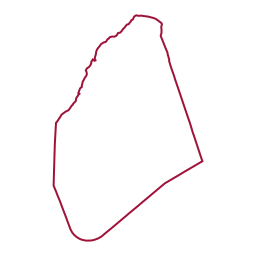 the district of Rarieda, Nyanza, Kenya
{"feature_id": "3690345B79902810586974", "entity_name": "Rarieda", "entity_type": "district", "adm_level": 2, "iso_a3": "KEN", "parent_name": "Kenya", "parent_adm1": "Nyanza", "projection": "albers", "projection_center": [34.335, -0.244], "detail": "fine", "context": "isolated", "style": "outline", "palette": "rose", "viewbox_px": 256, "rotation_deg": 0, "n_neighbors": 0, "source": "geoboundaries", "source_scale": "gbopen_adm2", "svg_char_len": 2910}
<svg xmlns="http://www.w3.org/2000/svg" viewBox="0 0 256 256"><path d="M53.6,185.5L54.0,186.6L54.3,187.3L54.8,188.6L55.4,189.9L55.8,191.0L56.3,192.1L56.7,193.3L57.3,194.8L57.9,196.4L58.3,197.2L58.5,197.7L60.0,201.3L63.3,210.2L65.0,214.6L66.4,218.3L67.6,221.6L70.5,229.3L71.4,231.1L72.3,232.6L73.5,234.1L73.9,234.6L74.4,235.0L75.3,235.9L76.9,237.2L78.5,238.2L80.2,239.1L81.8,239.7L83.1,240.0L84.5,240.3L85.1,240.4L86.1,240.6L88.5,240.6L90.5,240.5L92.5,240.3L93.1,240.1L93.7,240.0L95.0,239.6L95.8,239.3L96.5,239.0L98.4,238.3L100.1,237.3L101.2,236.7L102.2,235.9L107.3,231.6L110.4,229.1L120.5,220.6L125.5,216.4L129.2,213.2L136.7,207.0L143.3,201.4L147.4,198.0L149.5,196.2L164.9,183.3L180.2,174.3L184.5,171.7L202.4,161.2L200.7,156.3L194.2,136.5L192.5,131.7L190.9,126.1L189.4,121.5L187.5,116.1L185.2,109.2L184.0,105.7L177.3,85.8L174.9,78.8L174.2,76.3L173.0,72.9L171.7,69.4L171.0,67.1L170.8,66.5L170.6,66.0L169.2,61.3L169.1,60.7L169.2,59.9L169.1,59.1L168.8,58.3L168.6,57.6L168.4,56.8L168.3,56.0L167.9,55.4L167.8,54.8L167.7,54.1L167.5,53.2L167.4,52.4L167.2,51.7L166.8,51.0L166.5,50.4L166.2,49.7L160.7,35.9L160.8,35.4L160.9,34.8L161.1,34.3L161.3,33.8L161.4,33.3L161.5,32.7L161.5,31.9L161.5,31.1L161.5,30.5L161.6,29.9L161.5,29.4L161.4,28.9L161.4,28.3L161.3,27.8L161.3,27.1L161.3,26.4L161.8,25.1L161.9,24.7L161.7,23.9L161.6,23.2L159.7,21.8L157.9,20.4L155.8,18.9L153.1,17.9L150.8,17.3L148.2,16.6L145.7,16.3L143.5,16.0L141.7,15.7L140.7,15.7L138.8,15.8L137.8,15.7L136.6,15.4L136.1,15.4L135.6,15.6L134.3,16.5L133.5,17.9L133.3,18.4L133.2,19.0L132.4,19.8L131.9,19.9L131.4,20.1L130.9,21.3L130.0,22.4L129.4,23.1L128.6,24.2L126.9,24.6L125.6,26.1L124.7,27.4L123.9,28.2L123.1,29.0L122.2,30.2L121.7,31.0L120.8,32.0L120.2,32.6L118.1,33.0L117.4,34.1L117.2,34.6L116.9,35.0L115.8,36.1L114.1,36.7L113.6,36.7L112.3,36.5L111.8,36.6L111.2,36.8L109.6,37.3L108.8,38.5L107.5,39.3L106.8,40.4L106.4,41.2L105.5,42.0L105.0,42.1L104.5,42.2L103.1,42.7L102.5,43.2L101.1,44.1L100.5,44.9L99.8,45.9L99.1,46.8L98.3,47.7L97.5,48.8L96.9,49.8L96.4,51.2L96.1,52.2L95.9,54.0L95.8,54.5L95.6,55.2L95.1,56.7L94.8,58.1L94.8,58.7L95.5,60.3L94.4,60.8L92.8,59.5L91.9,60.9L91.3,61.7L91.3,62.9L91.1,63.6L90.9,64.2L90.2,65.6L89.3,66.6L88.9,67.1L87.1,68.2L86.2,69.6L85.8,70.5L86.4,71.5L86.7,72.9L86.8,73.4L86.8,74.1L86.5,75.3L85.9,76.4L84.9,77.6L84.7,78.1L84.1,79.1L83.8,79.8L83.5,80.4L82.9,81.3L82.6,82.1L82.3,83.8L81.8,85.6L81.8,87.0L80.7,87.8L80.2,88.3L79.9,88.9L79.4,90.1L79.3,90.5L79.1,91.1L78.6,92.4L78.3,93.0L79.4,93.9L78.3,94.8L77.6,96.2L77.0,96.9L76.4,97.8L76.0,99.1L75.9,100.8L74.9,102.0L74.4,102.5L74.0,102.8L73.1,103.9L72.7,104.9L71.8,105.5L71.3,106.2L71.0,106.7L70.2,108.0L69.8,108.5L69.5,108.9L68.6,110.1L67.6,110.7L66.5,111.2L66.0,111.4L65.3,111.9L63.9,112.9L62.5,113.9L61.4,114.9L61.0,115.6L60.1,117.2L59.6,117.9L59.2,118.4L58.6,119.3L58.3,119.9L57.3,121.3L56.4,122.4L56.0,122.8L54.8,144.6L53.6,185.5Z" fill="none" stroke="#9f1239" stroke-width="2"/></svg>